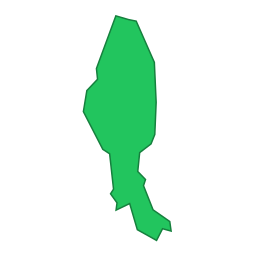 Vevchani, Vevčani, North Macedonia, rotated 91°
{"feature_id": "65306769B55321164164480", "entity_name": "Vevchani", "entity_type": "district", "adm_level": 2, "iso_a3": "MKD", "parent_name": "North Macedonia", "parent_adm1": "Vevčani", "projection": "mercator", "projection_center": [20.592, 41.244], "detail": "fine", "context": "isolated", "style": "filled", "palette": "green", "viewbox_px": 256, "rotation_deg": 91, "n_neighbors": 0, "source": "geoboundaries", "source_scale": "gbopen_adm2", "svg_char_len": 506}
<svg xmlns="http://www.w3.org/2000/svg" viewBox="0 0 256 256"><g transform="rotate(91 128 128)"><path d="M16.1,142.1L69.1,160.6L79.8,159.3L91.3,169.8L112.4,172.9L149.8,152.8L154.1,145.9L189.4,141.4L194.1,144.3L203.0,137.7L210.3,138.5L203.5,125.0L229.5,116.9L239.9,97.5L228.1,91.7L230.3,83.1L220.8,84.6L209.4,101.5L185.4,111.5L179.2,109.6L171.3,117.5L152.4,115.9L143.5,104.7L134.0,101.1L101.9,100.3L61.9,102.8L21.0,121.7L19.6,129.3L16.1,142.1Z" fill="#22c55e" stroke="#15803d" stroke-width="1.5"/></g></svg>